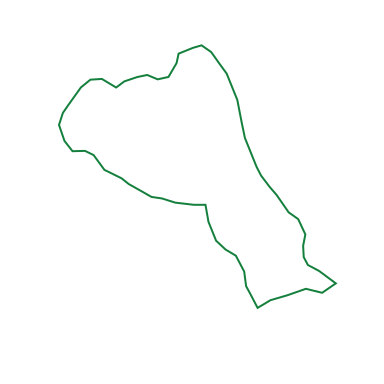 Vasili, Cyprus, rotated 158°
{"feature_id": "46923920B59357153035483", "entity_name": "Vasili", "entity_type": "district", "adm_level": 2, "iso_a3": "CYP", "parent_name": "Cyprus", "parent_adm1": "", "projection": "robinson", "projection_center": [34.16, 35.461], "detail": "fine", "context": "isolated", "style": "outline", "palette": "green", "viewbox_px": 384, "rotation_deg": 158, "n_neighbors": 0, "source": "geoboundaries", "source_scale": "gbopen_adm2", "svg_char_len": 907}
<svg xmlns="http://www.w3.org/2000/svg" viewBox="0 0 384 384"><g transform="rotate(158 192 192)"><path d="M92.9,53.4L103.7,71.1L111.9,80.9L112.8,89.8L109.1,100.5L102.8,110.2L103.7,127.1L110.0,136.9L114.6,157.3L118.2,168.0L121.8,181.3L122.7,191.1L122.7,206.2L122.7,222.2L120.0,237.3L115.5,260.4L115.5,277.3L115.5,288.8L118.2,299.5L121.8,314.6L128.2,324.4L137.2,325.3L152.6,325.3L158.0,317.3L170.7,307.5L181.6,309.3L189.7,317.3L199.7,319.1L213.3,319.9L223.2,317.3L233.2,330.6L244.1,334.2L255.8,330.6L273.9,319.1L282.1,313.7L290.2,304.0L291.1,287.1L287.5,274.6L275.8,270.2L269.4,263.1L264.9,245.3L252.2,231.1L247.7,223.1L241.3,215.1L231.4,202.6L222.3,197.3L211.5,188.4L195.2,179.5L184.3,175.1L187.9,158.2L187.9,146.7L187.9,137.8L182.5,126.2L175.2,116.5L173.4,98.7L177.1,84.5L176.1,75.6L174.6,60.0L159.8,62.3L141.7,60.5L122.7,59.6L109.1,49.8L92.9,53.4Z" fill="none" stroke="#15803d" stroke-width="2"/></g></svg>